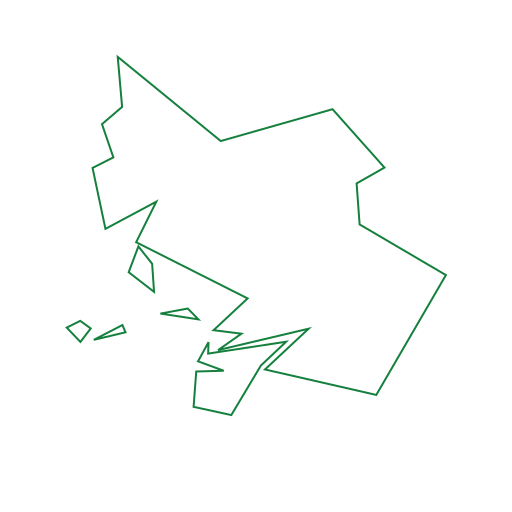 Finland Proper, orthographic projection, rotated 16°
{"feature_id": "FIN-3191", "entity_name": "Finland Proper", "entity_type": "Region", "adm_level": 1, "iso_a3": "FIN", "parent_name": "Finland", "parent_adm1": "", "projection": "orthographic", "projection_center": [22.144, 60.47], "detail": "coarse", "context": "isolated", "style": "outline", "palette": "green", "viewbox_px": 512, "rotation_deg": 16, "n_neighbors": 0, "source": "natural_earth", "source_scale": "10m", "svg_char_len": 762}
<svg xmlns="http://www.w3.org/2000/svg" viewBox="0 0 512 512"><g transform="rotate(16 256 256)"><path d="M409.9,356.4L295.9,362.6L326.6,311.4L245.5,356.9L263.4,334.7L235.7,339.0L259.6,299.1L137.0,275.8L145.2,231.2L103.8,271.4L74.6,216.4L91.7,200.5L71.6,171.7L86.2,149.6L68.2,102.7L190.4,155.2L289.1,93.8L355.1,135.6L332.7,158.5L346.9,197.1L443.8,222.0L409.9,356.4ZM236.9,363.0L308.6,330.1L290.9,359.9L276.1,415.7L237.6,418.2L230.4,383.5L256.6,375.2L229.3,373.2L234.1,351.9L236.9,363.0ZM167.9,318.6L138.1,306.7L140.3,279.2L158.3,292.1L167.9,318.6ZM180.0,337.7L204.9,325.3L218.1,332.8L180.0,337.7ZM123.2,381.3L146.6,359.2L151.6,365.3L123.2,381.3ZM93.8,377.0L104.9,366.8L117.1,371.2L110.9,387.0L93.8,377.0Z" fill="none" stroke="#15803d" stroke-width="2"/></g></svg>